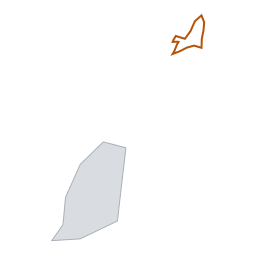 Carriacou and Petite Martinique highlighted on a map of Grenada
{"feature_id": "GRD-5069", "entity_name": "Carriacou and Petite Martinique", "entity_type": "Dependency", "adm_level": 1, "iso_a3": "GRD", "parent_name": "Grenada", "parent_adm1": "", "projection": "orthographic", "projection_center": [-61.462, 12.485], "detail": "fine", "context": "in_parent", "style": "outline", "palette": "amber", "viewbox_px": 256, "rotation_deg": 0, "n_neighbors": 0, "source": "natural_earth", "source_scale": "10m", "svg_char_len": 511}
<svg xmlns="http://www.w3.org/2000/svg" viewBox="0 0 256 256"><path d="M80.0,238.9L51.8,240.6L63.0,224.7L65.5,197.4L80.3,164.3L103.3,141.9L125.9,147.8L117.4,221.0L80.0,238.9Z" fill="#d9dde1" stroke="#a8b0b8" stroke-width="1"/><path d="M201.5,47.8L194.1,45.6L186.9,47.6L179.9,51.2L172.7,54.0L174.2,51.4L177.0,44.5L178.5,41.9L177.1,41.7L172.7,41.9L173.3,40.2L175.8,36.0L184.9,38.8L190.4,31.3L195.0,21.1L201.5,15.4L204.2,22.4L203.5,30.3L201.8,38.8L201.5,47.8Z" fill="none" stroke="#b45309" stroke-width="2"/></svg>